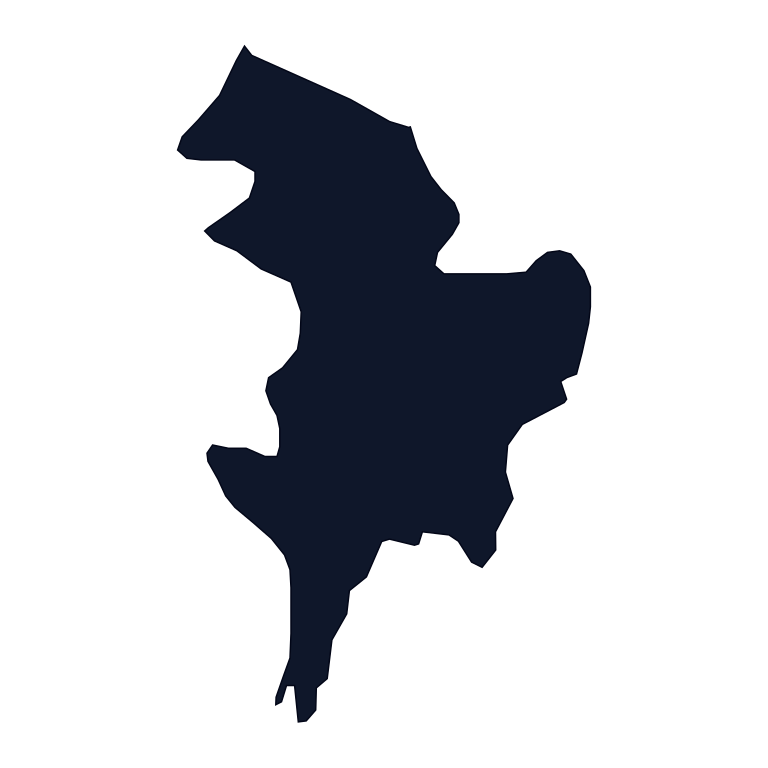 map outline of East Ayrshire (Mercator projection)
{"feature_id": "GBR-2001", "entity_name": "East Ayrshire", "entity_type": "Unitary District", "adm_level": 1, "iso_a3": "GBR", "parent_name": "United Kingdom", "parent_adm1": "", "projection": "mercator", "projection_center": [-4.337, 55.451], "detail": "fine", "context": "isolated", "style": "filled", "palette": "ink", "viewbox_px": 768, "rotation_deg": 0, "n_neighbors": 0, "source": "natural_earth", "source_scale": "10m", "svg_char_len": 1471}
<svg xmlns="http://www.w3.org/2000/svg" viewBox="0 0 768 768"><path d="M264.9,456.5L277.0,456.5L279.8,446.7L279.8,428.6L277.0,415.4L270.5,404.0L265.9,390.8L268.6,377.7L282.6,367.8L297.5,349.6L300.3,333.2L301.2,311.8L291.0,282.1L261.1,268.9L236.9,250.8L214.5,240.9L204.7,231.0L208.4,227.7L229.8,212.8L249.4,198.0L255.0,181.4L255.0,171.5L234.5,159.9L219.6,159.9L200.9,159.9L186.9,158.3L177.6,150.0L182.2,136.8L198.1,120.2L219.6,95.4L236.3,60.6L244.5,46.1L251.7,55.4L350.4,99.5L389.6,121.6L408.6,127.4L410.3,126.9L416.9,148.4L430.9,176.5L441.2,189.7L454.2,202.9L458.9,214.4L458.9,222.7L452.4,234.2L437.5,252.4L434.7,265.6L444.0,273.9L456.1,273.9L472.0,273.9L506.5,273.9L526.1,272.2L536.3,260.6L547.5,252.4L559.6,250.8L570.8,254.1L583.9,270.6L590.4,287.0L590.4,306.8L588.6,323.3L582.0,352.9L576.5,374.0L566.8,377.6L560.7,381.5L566.6,399.2L564.2,402.5L522.3,424.4L507.6,445.1L505.4,472.1L513.0,498.5L495.5,531.8L495.7,550.0L482.1,567.3L471.6,562.1L458.4,541.2L449.0,534.9L422.4,531.8L418.6,543.9L414.5,545.2L389.5,539.1L381.7,541.5L366.4,576.9L349.4,590.6L346.7,613.9L331.9,639.9L327.2,678.6L316.3,687.9L315.7,710.0L306.2,720.9L298.3,721.9L294.6,685.5L286.5,685.5L281.5,701.8L275.8,704.7L276.1,697.2L283.5,676.0L290.0,658.0L291.0,633.5L291.0,613.9L291.0,587.7L290.0,569.7L284.5,554.9L271.4,538.5L252.7,522.2L235.0,507.4L225.7,495.9L218.2,479.5L208.0,461.4L207.0,453.2L212.6,445.0L228.5,448.3L246.2,448.3L264.9,456.5Z" fill="#0f172a" stroke="#020617" stroke-width="1.5"/></svg>